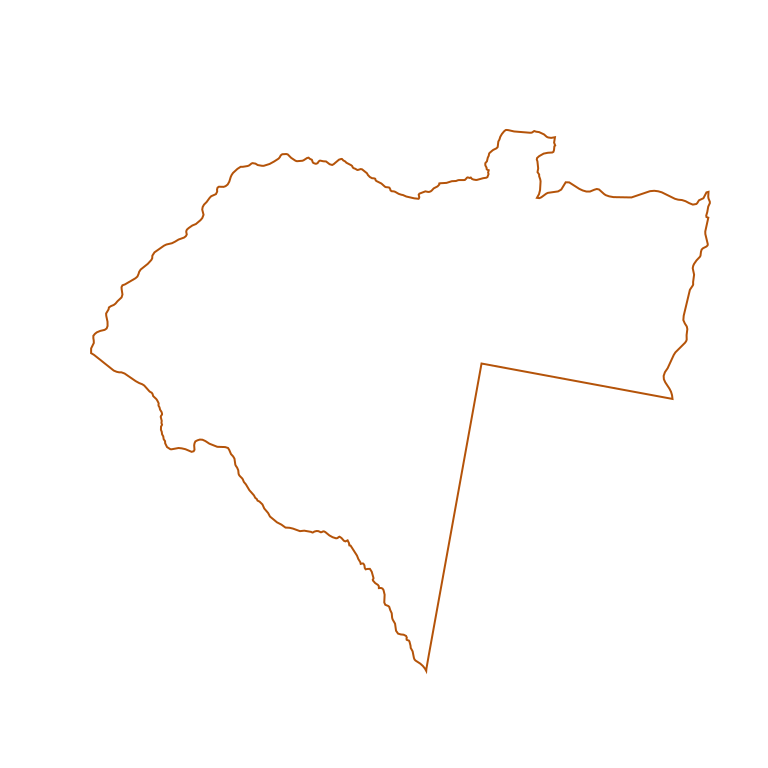 the border of Moxico, rotated 10°
{"feature_id": "AGO-1892", "entity_name": "Moxico", "entity_type": "Province", "adm_level": 1, "iso_a3": "AGO", "parent_name": "Angola", "parent_adm1": "", "projection": "albers", "projection_center": [20.805, -13.377], "detail": "fine", "context": "isolated", "style": "outline", "palette": "amber", "viewbox_px": 768, "rotation_deg": 10, "n_neighbors": 0, "source": "natural_earth", "source_scale": "10m", "svg_char_len": 6150}
<svg xmlns="http://www.w3.org/2000/svg" viewBox="0 0 768 768"><g transform="rotate(10 384 384)"><path d="M476.5,346.9L475.2,642.9L475.2,657.0L475.4,659.2L473.8,657.2L471.2,654.9L468.3,653.1L463.1,650.9L461.9,650.0L461.0,648.5L458.6,642.3L456.1,639.2L455.6,637.2L453.8,633.2L453.1,632.4L450.8,632.0L450.4,631.1L450.5,629.8L449.5,628.3L446.9,627.5L444.0,627.7L441.2,627.4L438.7,624.9L436.5,618.1L433.4,614.4L432.6,612.8L431.4,608.4L429.5,605.7L427.8,602.5L426.8,601.9L423.6,601.2L422.2,599.1L421.2,591.4L419.3,587.0L418.0,585.7L416.4,585.4L414.4,585.9L414.0,584.0L412.9,582.9L409.9,581.6L407.3,579.5L406.9,578.6L407.4,577.5L407.3,576.8L404.5,571.0L402.2,568.5L399.8,569.0L398.1,569.7L397.0,568.5L396.2,566.0L395.3,564.9L394.6,564.4L393.8,564.5L392.3,565.2L391.6,563.6L389.1,560.8L387.2,557.7L379.2,549.0L378.7,548.8L378.0,549.0L377.6,548.4L377.3,547.0L375.3,544.3L373.3,545.7L371.8,545.4L368.8,543.0L366.7,542.1L365.8,542.7L365.0,543.8L363.6,544.3L360.0,543.8L356.5,542.6L351.9,540.0L350.5,539.6L349.7,539.7L348.3,540.7L347.6,541.0L344.9,540.3L343.1,540.5L341.1,541.4L339.7,542.6L339.2,542.7L337.8,542.3L330.9,542.3L326.8,543.5L319.4,542.2L316.0,542.0L311.9,542.5L307.4,540.3L302.6,538.8L294.7,534.3L292.3,531.2L287.7,527.4L285.2,523.7L281.8,521.4L279.7,520.8L278.6,519.3L277.0,518.5L275.3,516.3L269.9,512.0L265.4,506.8L263.0,504.8L261.5,502.4L260.6,501.5L257.9,499.6L257.0,498.7L256.4,497.7L255.4,494.2L253.8,491.8L252.4,490.4L251.6,489.3L249.7,483.5L248.0,481.5L245.5,479.6L243.1,475.9L241.5,474.1L238.5,473.7L230.7,474.8L222.4,473.1L218.0,471.2L214.9,470.4L212.3,470.7L210.0,471.9L208.2,473.3L207.7,475.3L207.7,477.3L208.8,481.7L208.2,483.3L206.3,484.2L199.8,482.7L196.0,482.5L192.8,482.7L186.1,485.2L184.9,485.3L181.3,483.8L178.8,480.4L178.3,478.3L176.6,476.6L175.7,473.9L174.2,472.1L173.4,469.6L172.3,467.9L171.8,464.7L172.5,462.7L171.6,461.0L171.5,458.9L169.8,455.1L170.0,454.0L170.7,452.6L170.5,451.6L169.8,450.2L167.9,448.1L167.0,446.0L165.8,444.6L165.5,443.6L165.5,442.4L165.2,441.8L163.4,439.4L162.3,438.3L158.8,436.0L157.8,434.0L156.7,432.9L155.1,432.4L154.2,431.9L148.1,427.1L145.9,426.2L142.8,425.6L139.0,424.3L126.7,418.7L123.3,418.1L121.2,418.5L118.6,418.4L115.5,417.7L93.2,405.6L90.2,404.5L89.4,399.8L91.1,394.0L90.6,391.6L89.8,389.3L89.4,387.0L90.6,384.8L92.2,383.0L95.3,381.0L99.5,379.2L101.2,377.5L101.7,374.9L100.9,370.7L98.6,365.0L98.1,362.8L99.8,358.3L99.8,356.4L101.6,354.7L104.1,353.1L105.6,351.5L107.2,348.7L110.5,344.3L110.9,341.3L109.2,336.3L108.7,334.2L109.3,332.2L111.6,330.9L120.9,323.0L122.5,321.0L123.2,318.1L123.4,316.1L124.5,313.5L130.5,306.7L133.3,302.3L133.9,300.5L133.6,297.8L135.1,294.2L143.3,286.0L145.5,284.4L150.7,282.2L153.4,280.2L156.6,277.4L161.7,274.5L163.2,272.8L163.8,271.0L162.8,268.5L162.8,267.4L163.1,266.2L164.5,264.4L167.7,261.2L171.0,259.1L174.9,254.4L176.2,252.2L176.9,248.7L174.7,243.8L174.7,241.2L175.6,238.6L177.7,235.6L180.0,230.9L181.2,229.1L185.5,226.2L186.3,223.5L185.8,221.4L186.0,219.5L187.1,218.4L191.8,217.7L193.6,216.7L195.4,214.7L196.5,211.6L197.1,206.7L197.7,204.5L198.7,202.3L202.3,197.6L205.1,195.0L207.3,194.6L211.9,193.0L213.3,192.1L215.2,189.9L216.2,189.3L219.2,189.3L221.6,190.3L226.0,190.3L227.7,190.0L233.1,187.2L237.1,184.0L241.1,180.3L242.0,178.7L242.6,176.8L243.9,175.4L247.8,174.5L249.3,174.6L253.3,177.4L258.1,179.5L259.6,179.7L264.9,178.3L266.0,177.6L269.0,174.8L270.4,174.2L271.8,175.1L274.0,175.7L275.4,178.1L276.1,178.6L278.3,179.0L278.9,178.9L280.2,178.1L281.1,176.1L282.0,175.2L282.6,175.1L285.5,175.2L288.3,174.9L292.3,177.0L294.9,177.3L296.2,176.3L300.7,170.9L302.8,169.8L303.5,169.7L305.1,170.9L307.2,171.6L308.5,172.6L313.8,174.3L314.8,174.9L315.7,176.2L316.5,176.7L318.2,177.0L320.4,177.8L321.0,177.8L323.7,176.4L325.1,176.4L330.6,179.4L331.9,181.0L334.1,182.6L336.5,183.4L338.5,183.2L339.7,183.4L340.4,184.8L341.2,185.4L346.6,187.0L350.8,189.6L351.7,189.8L353.8,189.6L355.2,189.7L356.4,191.2L356.8,192.2L358.0,192.8L360.3,192.6L361.6,192.8L365.5,194.2L368.3,194.6L369.8,194.6L373.4,195.5L381.5,195.9L385.9,195.6L386.2,195.0L386.3,193.9L385.3,191.6L385.8,190.4L391.3,187.1L394.2,187.2L395.3,186.9L396.6,186.1L397.4,185.2L399.0,182.7L402.4,180.1L403.8,178.0L403.6,176.9L404.2,176.6L410.6,175.1L415.6,172.5L419.6,171.6L421.8,170.3L428.1,169.1L429.3,167.5L429.8,166.5L430.6,166.0L432.7,166.2L433.6,165.6L435.1,166.8L436.6,167.1L439.1,167.1L440.0,166.9L445.9,164.1L448.9,163.1L449.9,162.3L450.5,159.1L449.8,157.7L450.0,155.3L448.6,155.1L447.8,154.6L447.4,153.1L445.9,151.2L445.5,149.7L445.5,148.8L446.7,146.8L446.9,143.1L447.5,141.0L447.5,139.1L447.8,138.2L449.9,135.6L450.9,134.5L453.8,132.4L454.8,130.9L454.5,125.3L455.2,123.3L455.6,120.3L456.7,117.3L458.4,114.3L459.7,112.8L460.7,112.5L462.4,112.4L468.3,112.7L484.3,111.2L485.9,110.8L488.0,108.8L490.1,109.1L493.0,109.0L498.2,110.4L501.3,112.3L502.9,112.7L505.9,112.6L509.5,111.3L509.6,116.8L511.2,119.4L510.5,120.3L510.8,124.1L510.5,126.0L509.5,126.8L505.3,127.8L501.2,129.4L497.2,132.7L495.5,134.9L495.5,136.5L496.4,138.0L498.4,144.9L498.4,148.7L500.4,150.7L500.7,152.4L502.3,155.3L503.0,157.2L504.0,165.9L503.7,170.1L502.3,174.1L504.7,174.0L506.5,172.8L510.8,168.3L512.2,167.3L522.0,164.1L524.8,161.7L527.9,153.8L531.4,153.3L542.4,157.9L546.1,158.9L549.8,159.3L553.4,158.7L557.5,156.1L559.7,155.0L562.0,155.1L567.6,158.6L569.5,159.5L573.2,160.1L577.6,160.1L595.3,157.3L612.5,147.9L616.6,146.8L620.5,146.6L624.3,147.0L638.4,151.1L641.7,151.4L645.5,151.1L649.2,151.6L653.2,152.9L657.0,153.7L660.3,152.5L661.0,151.6L662.3,148.4L666.3,145.6L668.3,139.3L670.2,138.4L670.8,143.3L671.4,145.0L673.2,147.9L673.5,149.3L672.5,153.0L672.5,158.4L672.1,162.2L672.6,163.6L674.5,163.9L673.9,178.0L674.4,180.5L678.6,190.1L678.6,191.3L677.7,192.6L674.6,194.9L673.5,196.4L673.2,198.7L673.4,202.7L673.0,203.9L670.3,208.0L668.5,211.9L668.0,213.8L667.9,216.3L670.4,222.5L670.7,229.9L671.2,232.4L671.0,233.3L668.9,238.1L667.3,264.7L667.7,269.1L669.8,272.2L672.2,274.8L673.2,277.3L673.5,283.3L674.4,287.8L674.1,289.4L673.3,291.1L665.5,302.2L664.3,305.1L660.6,319.2L658.6,323.6L658.0,327.5L658.8,330.7L660.7,333.5L665.9,339.0L668.0,341.8L669.6,345.0L670.7,348.6L476.5,346.9Z" fill="none" stroke="#b45309" stroke-width="2"/></g></svg>